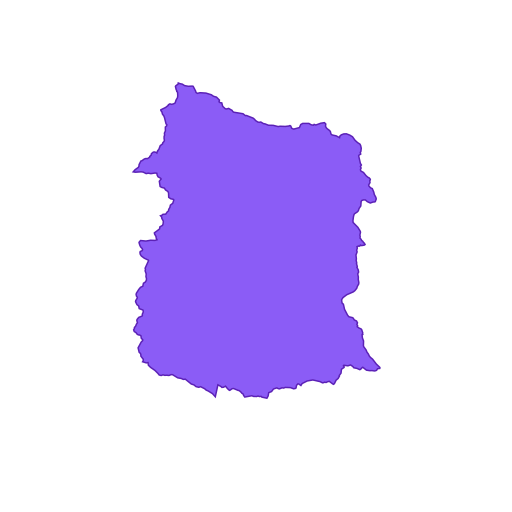 the district of Daniel Alcides Carrion, Pasco, Peru, rotated 307°
{"feature_id": "86281439B88138122201247", "entity_name": "Daniel Alcides Carrion", "entity_type": "district", "adm_level": 2, "iso_a3": "PER", "parent_name": "Peru", "parent_adm1": "Pasco", "projection": "natural_earth1", "projection_center": [-76.463, -10.516], "detail": "fine", "context": "isolated", "style": "filled", "palette": "violet", "viewbox_px": 512, "rotation_deg": 307, "n_neighbors": 0, "source": "geoboundaries", "source_scale": "gbopen_adm2", "svg_char_len": 6131}
<svg xmlns="http://www.w3.org/2000/svg" viewBox="0 0 512 512"><g transform="rotate(307 256 256)"><path d="M249.3,107.3L250.3,109.2L254.1,113.6L255.1,115.4L255.7,118.7L257.3,120.1L258.5,122.5L261.5,125.4L262.4,127.0L261.1,128.4L260.3,130.1L260.7,133.0L260.4,133.9L257.5,133.8L253.8,137.6L254.0,139.3L255.1,142.0L254.3,144.0L254.5,146.8L253.7,148.2L250.3,151.0L250.4,153.6L251.4,155.6L251.5,156.3L251.1,156.7L248.0,157.8L245.1,157.0L242.9,158.0L240.7,158.2L239.4,159.0L238.0,158.6L235.1,158.7L233.3,156.6L231.8,156.3L230.7,155.5L230.3,157.3L229.3,158.2L228.1,161.0L225.7,162.5L224.2,162.9L221.4,161.7L219.6,162.7L213.3,160.9L212.5,161.8L211.3,164.6L210.3,165.4L209.4,167.2L207.6,165.9L205.2,162.4L201.7,159.1L198.9,154.5L197.1,154.3L196.3,154.5L194.7,156.7L193.8,158.4L193.4,160.7L192.7,161.7L191.6,161.8L189.9,160.8L188.7,161.4L187.6,162.7L187.0,164.5L187.0,168.1L187.9,172.5L187.6,173.0L179.5,174.8L178.9,175.7L177.4,176.4L175.6,179.1L173.2,180.6L172.3,181.9L170.8,183.0L168.7,183.3L166.5,182.5L163.7,183.8L161.5,182.6L158.7,182.5L154.2,182.9L153.1,183.4L152.0,184.7L151.6,186.1L150.8,186.5L148.0,186.8L147.0,187.3L145.5,190.2L145.5,192.3L143.7,194.4L144.8,198.2L144.2,199.1L143.0,199.8L141.1,200.2L140.0,201.1L139.4,201.1L136.4,199.3L133.7,199.2L132.7,199.7L131.3,201.5L129.6,201.5L127.5,202.1L125.8,201.9L124.9,202.5L123.4,202.7L122.4,204.2L122.6,206.3L122.0,208.2L122.2,209.6L122.9,210.6L123.0,212.2L121.3,213.8L120.9,216.0L120.1,216.4L118.2,216.1L111.7,217.1L108.8,220.6L108.6,222.4L108.1,223.2L106.7,224.4L105.7,228.1L104.4,229.0L103.3,229.1L104.6,232.7L105.9,233.9L104.0,235.8L103.6,238.8L103.8,244.2L103.2,248.4L102.7,250.3L103.5,252.2L105.1,253.2L105.8,255.0L107.3,256.7L107.7,257.7L108.6,258.7L110.1,259.5L111.0,260.8L111.6,266.8L113.2,270.0L113.7,272.2L115.1,273.7L114.8,281.3L115.7,283.9L115.6,286.7L116.7,289.3L118.3,290.4L119.1,294.9L118.9,296.9L119.4,298.9L119.9,304.1L119.1,308.2L130.2,303.1L130.7,306.6L130.5,307.8L131.6,309.0L133.7,310.0L132.9,313.1L132.7,315.5L132.9,315.9L135.7,316.8L136.7,317.9L137.9,322.6L138.4,323.6L138.2,326.3L137.9,327.2L138.0,328.9L137.2,330.0L136.6,331.9L141.9,336.8L142.4,338.6L144.2,341.1L145.4,341.9L145.8,343.3L147.0,344.6L146.8,345.6L149.0,350.3L151.6,349.9L154.5,348.4L157.1,350.0L160.3,350.0L160.9,350.4L163.2,352.0L163.5,353.7L164.0,354.7L166.4,356.1L167.2,357.6L168.6,358.4L171.6,362.7L172.6,366.0L173.8,367.1L174.7,367.4L177.1,366.2L179.1,366.4L179.5,367.1L179.6,369.8L181.9,369.6L187.0,372.1L191.2,376.0L194.2,382.7L194.7,385.4L195.6,386.3L196.4,386.6L197.2,388.1L198.8,388.9L200.0,390.0L200.0,394.4L200.2,395.2L201.4,395.4L205.0,394.7L207.6,395.3L210.3,394.9L210.7,394.4L213.6,394.4L217.0,392.4L220.0,393.4L220.5,393.1L220.9,391.9L221.6,391.9L223.6,395.5L225.9,397.1L226.0,399.8L225.6,401.4L227.0,404.3L227.7,407.3L228.4,407.7L231.1,408.0L231.4,408.3L231.3,412.9L232.9,415.9L234.3,417.6L235.5,419.8L236.4,420.6L237.3,421.1L239.1,420.9L240.7,422.5L241.3,422.3L241.6,421.7L242.1,417.2L243.8,411.1L243.9,408.5L244.3,406.7L245.4,404.6L246.0,402.5L247.2,400.5L248.4,396.6L249.0,395.8L252.9,393.0L254.6,390.3L256.3,388.7L257.2,388.0L257.6,388.4L257.8,388.0L258.8,387.6L260.8,384.7L261.0,383.7L260.5,381.8L260.4,379.4L261.5,379.1L262.1,377.7L263.7,377.3L264.6,375.4L264.1,372.9L264.9,371.0L264.8,370.0L263.4,366.8L263.8,364.9L266.7,358.8L270.1,354.8L270.2,353.2L270.9,352.3L272.6,350.7L275.1,350.5L279.7,351.8L285.9,355.3L287.8,355.8L290.8,355.9L292.8,355.2L295.4,354.9L296.7,354.1L298.8,351.8L300.8,350.4L302.9,348.0L305.0,347.6L305.8,346.5L306.3,346.3L307.7,343.4L308.3,343.4L308.9,342.8L310.4,340.8L311.0,340.7L312.9,338.5L314.0,338.0L317.0,335.2L320.1,334.3L321.2,332.9L323.2,332.2L324.3,331.0L325.8,332.0L325.9,332.5L327.1,333.1L327.5,332.9L327.7,333.8L328.6,334.8L330.0,336.0L330.8,336.2L331.5,334.7L331.4,333.9L332.0,332.4L332.0,331.0L332.6,329.8L332.9,328.3L334.5,327.3L335.1,326.4L337.8,325.2L338.5,324.4L340.2,320.1L341.2,313.4L342.5,312.2L346.0,310.2L348.2,309.3L349.1,309.3L352.2,310.4L353.7,310.5L356.1,309.7L359.0,309.6L362.9,307.1L364.1,307.1L365.5,308.1L366.6,309.6L366.4,312.2L367.1,315.4L369.4,316.9L370.8,318.4L371.3,318.5L373.9,317.7L375.0,316.4L376.3,313.5L377.9,311.6L379.8,308.3L379.4,306.4L379.9,303.9L380.6,303.2L383.2,302.9L384.6,301.5L385.5,301.5L386.1,301.1L386.5,299.3L386.2,297.9L386.4,295.4L387.4,291.6L387.0,288.7L387.4,287.9L388.0,287.3L389.5,287.0L390.3,285.5L392.1,285.4L392.8,283.6L397.8,277.7L398.6,277.6L400.4,278.3L401.5,276.9L402.7,276.8L405.4,275.2L407.2,273.1L407.9,271.7L407.7,268.9L408.0,265.5L409.3,261.3L409.0,258.2L408.0,254.7L406.3,252.6L404.1,251.2L402.2,250.8L400.8,251.5L400.2,247.7L398.6,244.2L398.4,243.1L398.8,242.1L400.1,240.6L400.5,239.3L400.5,236.0L400.8,234.7L401.5,233.4L403.4,232.3L403.7,230.4L401.0,227.8L397.0,225.2L396.4,224.5L396.1,223.2L395.0,223.1L394.0,221.1L393.7,218.4L390.0,213.5L387.9,212.6L384.7,213.4L380.0,209.7L379.5,207.6L380.7,205.6L380.6,204.6L379.6,204.0L377.1,201.4L374.1,197.1L372.7,195.8L370.7,191.1L367.9,187.2L367.0,183.8L366.2,182.2L365.9,179.2L364.7,178.1L364.1,176.9L363.9,174.0L364.3,172.7L364.4,170.7L362.5,163.9L361.7,163.0L361.8,160.0L357.4,151.6L357.4,150.5L357.9,149.3L357.4,145.3L355.7,144.0L355.1,142.8L355.5,139.3L357.7,136.5L356.9,135.1L356.9,133.7L358.5,133.0L359.1,128.8L358.0,126.0L357.9,123.3L356.0,118.0L352.7,113.0L350.6,111.3L350.5,109.7L351.4,108.5L353.7,103.7L353.3,102.8L350.8,99.8L349.1,96.4L348.9,93.7L347.9,91.6L347.4,89.8L346.5,90.3L343.5,89.5L342.9,89.6L340.7,92.3L340.3,93.3L339.7,93.7L339.6,94.8L336.7,97.2L335.2,98.0L332.4,98.3L329.6,99.3L327.9,98.6L326.3,97.3L325.7,95.7L324.1,95.0L323.6,95.3L320.2,94.4L315.5,92.0L314.9,92.5L314.4,94.2L313.0,95.9L312.4,98.1L311.3,99.8L307.4,104.6L307.2,105.8L306.1,106.3L304.4,106.0L301.3,108.4L299.0,108.9L297.5,110.3L296.3,110.6L294.6,111.8L293.3,113.2L292.1,113.6L290.4,113.4L289.3,113.9L286.5,113.1L282.8,114.2L280.8,114.1L280.3,114.5L279.4,114.4L278.6,114.8L278.6,113.8L277.8,112.0L277.0,111.4L274.8,110.9L273.3,111.6L271.6,111.2L270.9,111.6L268.6,110.8L267.4,109.2L266.2,108.4L263.3,107.5L262.6,106.9L258.7,107.6L257.2,108.5L256.0,108.7L252.2,107.5L249.3,107.3Z" fill="#8b5cf6" stroke="#5b21b6" stroke-width="1.5"/></g></svg>